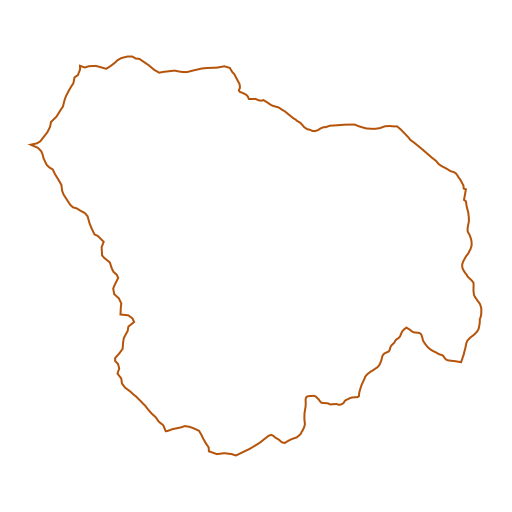 Lajab, Daga, Bhutan (Mercator projection)
{"feature_id": "84629894B88322725559269", "entity_name": "Lajab", "entity_type": "district", "adm_level": 2, "iso_a3": "BTN", "parent_name": "Bhutan", "parent_adm1": "Daga", "projection": "mercator", "projection_center": [90.018, 27.095], "detail": "fine", "context": "isolated", "style": "outline", "palette": "amber", "viewbox_px": 512, "rotation_deg": 0, "n_neighbors": 0, "source": "geoboundaries", "source_scale": "gbopen_adm2", "svg_char_len": 5281}
<svg xmlns="http://www.w3.org/2000/svg" viewBox="0 0 512 512"><path d="M80.0,65.8L80.1,69.3L77.9,75.1L74.5,77.4L73.4,83.2L71.1,86.7L68.7,90.9L66.1,95.9L64.7,99.6L62.9,106.6L60.6,110.0L56.5,116.6L51.0,122.0L50.1,126.7L47.4,132.2L44.1,136.4L40.4,141.2L37.1,143.3L30.7,144.7L38.0,147.9L41.2,151.2L42.6,154.5L43.6,158.5L46.7,164.9L49.4,167.5L52.7,169.4L54.9,174.0L59.2,181.0L61.4,184.9L62.1,190.7L63.6,194.6L70.0,204.5L72.9,207.3L77.0,208.5L80.4,210.7L84.8,213.0L87.6,216.3L89.6,223.5L91.9,229.1L94.6,234.5L97.9,236.0L101.3,239.4L103.7,241.9L101.6,247.2L102.1,255.4L104.0,257.7L109.8,262.4L111.9,268.7L113.5,271.9L116.6,274.6L118.2,277.9L114.8,284.7L113.2,288.5L114.2,294.1L118.9,298.4L121.3,303.5L120.8,307.7L120.5,314.5L128.2,315.3L132.4,318.3L134.1,322.0L128.4,326.6L127.7,330.8L123.8,338.1L123.1,342.4L122.6,348.9L119.3,353.4L115.1,358.1L115.2,361.1L118.0,363.9L119.2,368.4L117.5,373.6L121.3,378.5L121.9,383.4L125.0,387.6L130.0,391.3L133.4,394.4L136.2,396.6L138.4,398.9L139.4,399.9L141.3,401.7L142.7,403.3L145.1,405.6L147.6,408.9L151.7,413.6L155.7,417.2L158.7,421.6L163.2,425.2L165.7,431.2L167.5,431.0L172.3,429.2L176.6,428.3L181.3,427.3L184.7,426.1L186.7,426.4L189.6,426.8L194.8,428.8L199.0,430.8L201.5,435.0L203.3,438.8L206.0,443.5L208.7,447.5L208.9,451.3L216.8,454.1L224.4,453.2L231.7,454.1L235.9,455.5L249.8,448.8L259.7,442.8L268.0,436.2L269.2,435.5L271.2,434.9L272.7,435.5L274.3,436.6L275.4,437.7L277.8,439.0L279.6,440.3L281.8,442.3L284.8,443.0L286.4,441.9L288.4,440.8L290.8,439.5L293.7,438.4L296.7,437.4L298.5,435.9L299.8,434.8L300.7,433.9L301.8,431.6L302.5,430.7L304.0,427.5L304.6,425.6L304.9,424.1L304.4,419.1L304.4,416.9L304.5,413.1L304.9,410.8L305.6,406.4L305.7,404.0L305.7,402.1L305.6,400.0L305.7,398.7L306.6,396.8L307.7,396.4L309.1,396.1L310.9,396.0L312.5,395.9L314.2,395.9L316.0,396.7L316.8,397.6L317.9,398.6L319.0,399.8L319.6,400.8L320.4,401.7L321.3,402.7L323.3,403.0L324.8,403.1L326.0,403.2L327.9,403.3L329.5,404.2L331.4,404.5L333.0,404.1L334.9,404.1L336.5,404.0L338.8,404.8L341.3,404.4L342.9,403.5L343.8,402.7L344.8,400.9L346.2,399.9L347.9,399.2L349.5,398.3L351.5,397.6L353.1,397.4L356.3,397.2L357.6,397.1L358.9,396.2L359.1,393.7L359.5,391.6L360.4,388.6L361.7,384.7L364.7,378.2L365.1,376.9L366.1,375.5L367.9,373.7L370.6,371.7L372.8,370.4L376.0,368.2L377.6,367.1L379.4,364.9L380.2,363.2L381.1,361.1L382.4,356.1L383.0,354.9L384.3,353.6L385.3,353.0L388.7,351.5L389.4,350.5L389.9,349.2L390.5,346.9L391.4,345.5L392.7,344.2L394.3,342.6L395.5,340.4L396.5,339.4L398.1,338.4L399.5,337.1L400.4,335.7L401.4,333.0L402.6,330.9L404.4,329.1L406.5,327.6L407.5,328.3L409.4,329.4L411.4,331.0L413.0,332.0L414.7,332.5L416.3,332.6L418.5,332.8L419.6,333.1L420.6,333.8L421.4,334.8L422.4,337.8L422.7,339.6L423.5,341.5L425.8,344.8L427.5,346.9L428.3,347.6L430.0,349.1L430.8,349.7L432.8,350.9L435.0,352.0L436.7,352.8L437.7,353.5L439.3,354.3L441.7,355.0L442.8,355.5L443.5,356.3L444.6,358.0L446.2,359.6L447.5,360.2L449.9,360.6L452.5,360.9L454.6,361.1L461.1,362.2L461.4,361.2L461.8,360.0L462.3,358.8L462.7,357.4L463.4,355.5L464.0,353.5L464.3,351.9L465.2,348.7L465.9,345.3L466.5,342.6L467.5,340.5L468.6,339.3L470.3,337.6L472.2,336.1L474.2,334.6L475.7,333.0L477.3,331.2L478.4,329.4L478.9,327.6L479.3,325.5L479.7,323.2L479.8,320.9L479.8,319.1L480.4,317.8L481.0,315.6L481.3,312.8L481.3,310.8L481.3,309.1L481.1,307.5L480.1,304.3L479.4,303.2L478.6,302.0L477.7,301.0L476.5,299.1L475.7,298.1L474.2,295.5L473.9,294.3L473.5,291.2L473.5,287.6L473.6,285.5L473.6,284.3L473.4,282.6L471.3,280.0L469.6,278.5L467.4,276.3L466.7,274.7L465.4,273.3L463.9,271.0L462.6,268.5L462.2,266.6L462.2,264.5L463.1,261.6L464.2,259.6L466.1,256.2L467.3,254.7L468.6,252.9L469.7,250.5L470.4,249.4L471.6,245.5L471.6,243.4L471.5,241.3L471.1,239.4L470.5,237.4L469.6,235.0L468.8,233.6L467.7,231.6L467.6,229.5L467.6,228.0L467.9,226.4L468.5,223.3L468.9,221.5L468.9,219.6L468.8,217.2L468.6,215.5L468.1,211.7L467.5,209.7L466.7,206.6L466.5,205.4L466.3,203.8L465.9,201.3L464.0,199.9L465.9,189.3L463.7,188.6L463.4,185.4L462.2,183.3L460.4,179.8L458.6,177.4L457.3,175.2L455.8,173.3L453.9,172.1L450.4,171.1L447.0,168.9L442.4,166.5L439.2,164.5L437.5,162.8L436.4,161.2L431.2,157.1L425.4,152.0L419.6,147.1L413.8,142.4L410.3,139.9L408.5,137.5L404.3,133.1L400.8,129.5L397.1,126.4L393.9,126.4L389.5,126.0L384.8,126.3L380.0,128.1L375.3,128.8L371.4,128.8L369.0,128.6L366.7,128.5L362.9,127.5L359.2,126.4L356.9,125.5L354.7,124.6L349.7,124.6L344.4,124.7L337.9,125.2L333.8,125.5L329.9,125.7L325.6,127.2L323.5,127.2L320.2,128.6L317.9,130.2L314.8,131.1L312.7,131.0L309.4,129.6L307.2,129.2L304.2,127.2L302.4,125.0L300.3,122.8L296.9,120.8L295.7,119.6L293.4,118.3L284.5,111.1L281.8,109.6L279.4,107.9L278.2,107.3L273.0,105.9L270.7,104.8L268.3,103.1L263.5,100.1L262.2,100.6L259.5,100.5L257.5,99.8L255.5,98.9L251.7,99.0L248.9,99.0L247.8,96.5L246.4,94.9L244.4,93.8L241.9,92.6L240.0,92.0L238.8,90.5L239.9,87.9L239.9,86.3L239.4,83.7L238.1,81.5L236.9,79.1L234.3,74.2L232.1,71.8L229.8,67.9L224.4,66.3L217.1,67.6L212.9,67.8L206.9,68.0L201.8,68.5L192.3,70.7L187.0,72.1L182.6,72.0L179.0,71.5L174.6,70.6L168.5,71.3L163.2,71.9L159.2,72.7L154.0,69.7L148.7,65.2L143.2,61.5L139.4,58.9L135.7,58.5L132.3,56.5L127.5,56.5L121.2,58.1L117.4,60.3L114.7,62.9L110.2,66.3L106.2,68.8L100.0,67.0L95.8,65.9L89.1,66.2L84.8,67.5L80.0,65.8Z" fill="none" stroke="#b45309" stroke-width="2"/></svg>